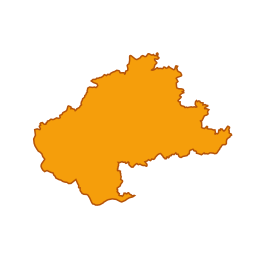 Placas, Pará, Brazil, rotated 249°
{"feature_id": "56859067B95066885708505", "entity_name": "Placas", "entity_type": "district", "adm_level": 2, "iso_a3": "BRA", "parent_name": "Brazil", "parent_adm1": "Pará", "projection": "natural_earth1", "projection_center": [-54.527, -3.914], "detail": "fine", "context": "isolated", "style": "filled", "palette": "amber", "viewbox_px": 256, "rotation_deg": 249, "n_neighbors": 0, "source": "geoboundaries", "source_scale": "gbopen_adm2", "svg_char_len": 5820}
<svg xmlns="http://www.w3.org/2000/svg" viewBox="0 0 256 256"><g transform="rotate(249 128 128)"><path d="M187.4,182.4L187.5,181.9L187.2,181.2L186.0,180.8L185.7,180.1L185.8,179.1L186.4,178.5L187.5,178.1L187.4,177.0L187.7,176.1L189.6,174.4L190.1,173.4L188.3,170.5L188.6,169.3L190.1,168.0L190.4,167.4L190.1,165.9L189.2,164.7L188.7,160.9L189.5,159.7L194.2,156.9L194.7,156.4L194.8,155.7L194.1,155.1L190.6,153.8L187.9,152.2L187.5,151.8L187.1,150.2L186.6,149.6L183.6,149.2L182.5,148.7L181.9,148.2L181.9,146.2L179.6,144.7L179.6,144.2L180.7,144.2L181.1,143.9L182.2,140.7L182.7,140.3L183.8,140.5L184.7,140.1L185.9,138.2L185.5,136.0L185.6,134.1L185.2,131.1L184.3,130.2L185.4,128.3L184.7,126.6L186.2,125.3L186.2,124.8L185.5,123.7L184.8,121.1L185.2,119.9L185.1,118.0L185.7,116.7L185.0,115.2L185.9,112.8L185.1,110.5L182.9,112.0L180.4,114.8L179.3,115.0L178.4,114.9L177.6,113.8L177.2,112.6L178.2,111.5L178.6,109.4L180.0,106.8L179.6,104.6L179.0,104.4L177.2,103.1L176.1,103.0L175.6,101.7L174.2,100.7L173.8,99.4L172.3,98.5L171.5,96.1L170.2,95.2L169.0,93.8L167.2,92.8L166.3,92.9L165.7,91.3L164.6,90.1L164.2,86.9L163.7,86.6L163.1,84.9L164.7,84.7L165.3,83.7L166.2,82.9L166.5,81.6L167.7,82.3L168.3,82.2L169.9,80.4L169.8,79.7L166.7,77.4L166.0,76.1L165.7,72.8L164.2,71.0L164.3,69.1L163.8,68.6L162.3,68.6L161.8,68.0L161.9,66.4L163.0,65.1L162.9,63.4L162.6,62.3L162.8,60.8L163.8,59.3L163.8,58.8L163.1,57.1L163.3,55.3L162.4,54.7L162.3,53.7L161.3,53.3L161.4,52.8L161.0,52.4L161.4,51.3L161.9,50.9L163.8,50.0L164.0,48.3L163.4,47.3L161.9,47.4L161.6,46.0L161.1,45.7L158.9,46.0L158.1,45.3L158.2,44.8L159.7,42.9L159.9,40.3L154.4,39.0L151.5,36.0L147.4,34.9L144.6,34.8L141.0,35.4L138.5,36.0L136.9,37.3L134.7,38.3L131.9,38.2L128.9,39.1L128.5,38.9L125.7,34.8L124.6,33.7L123.4,33.1L121.9,33.0L119.3,33.4L117.2,34.5L117.3,37.1L114.1,40.2L112.9,41.9L110.6,41.9L108.9,42.7L107.2,42.7L104.4,45.2L103.5,46.6L101.4,48.1L100.0,49.9L99.2,51.5L97.4,52.7L96.7,54.9L98.6,60.9L93.8,61.1L92.5,61.4L91.5,61.2L90.4,60.6L89.7,60.8L89.4,61.8L86.7,60.9L83.4,61.7L82.0,63.0L80.7,65.7L79.8,66.5L76.3,67.2L71.6,67.4L69.8,67.8L69.0,69.1L67.7,70.1L67.0,71.8L66.5,74.3L67.0,78.0L67.4,78.7L68.1,82.4L68.2,83.6L67.5,87.9L65.5,91.5L62.1,94.5L61.2,95.7L61.4,99.7L61.9,101.2L62.4,104.1L62.0,107.8L62.5,110.0L62.9,109.6L63.0,107.7L64.5,107.0L65.7,105.8L67.3,105.4L67.5,104.7L67.0,103.6L67.1,103.0L68.0,102.4L67.9,101.8L68.6,101.1L66.8,99.3L66.3,98.1L67.2,97.5L67.7,96.2L68.2,95.7L68.7,95.5L69.9,96.4L70.7,95.6L71.2,95.8L71.6,95.3L72.1,95.5L72.5,95.1L73.4,95.9L74.1,96.2L74.5,95.8L75.8,96.4L76.8,100.1L77.9,100.7L79.5,103.2L80.3,103.9L81.0,103.9L82.6,102.7L85.0,104.2L86.5,104.2L88.3,104.9L88.9,104.7L90.4,105.4L91.2,104.3L91.7,104.2L91.9,103.1L92.4,103.0L94.0,103.8L94.2,104.3L95.2,104.6L96.4,105.8L96.9,105.8L98.6,106.8L99.3,106.6L98.7,107.9L98.7,110.5L97.8,111.1L97.1,113.1L96.5,113.0L95.8,113.3L95.7,114.6L96.2,115.5L96.1,116.1L95.2,116.5L94.3,115.9L93.2,115.8L90.4,117.1L90.0,117.7L89.7,118.9L90.8,120.5L91.7,123.3L91.4,123.8L90.4,124.2L90.0,124.7L90.0,126.2L88.0,128.0L87.4,129.0L87.1,130.2L85.8,131.3L85.7,131.8L86.0,132.2L87.4,132.7L90.4,131.7L90.4,134.3L91.1,135.7L89.5,137.2L89.6,137.7L90.5,139.0L89.5,140.8L89.8,141.9L90.9,143.1L92.4,146.1L92.7,147.8L92.6,149.1L92.0,149.5L88.7,150.6L87.8,150.6L87.2,151.0L87.0,151.6L86.0,151.5L85.6,152.6L86.0,153.3L87.0,153.9L86.8,154.5L85.7,155.1L85.8,155.7L87.0,156.5L86.7,158.2L86.9,158.7L87.5,158.9L87.5,160.0L86.7,161.6L87.6,163.7L86.0,164.1L85.6,165.3L83.1,165.4L82.4,165.9L81.9,166.2L81.4,167.4L81.8,168.7L81.1,173.2L82.1,175.3L82.0,175.9L84.5,177.3L84.9,178.0L84.9,181.0L84.5,181.4L83.5,181.3L82.9,181.6L82.2,183.0L81.1,183.3L79.9,182.9L79.1,184.2L76.7,187.0L77.4,190.1L76.4,190.4L76.2,190.9L76.2,191.6L75.2,193.1L75.1,194.0L75.4,195.1L75.2,196.2L73.9,198.7L73.0,199.6L72.6,201.1L73.0,202.4L74.9,204.9L75.1,205.7L76.2,206.5L76.5,207.3L78.2,209.6L78.4,210.6L77.6,213.0L78.1,214.2L80.3,215.1L81.9,216.1L82.8,218.1L83.0,219.7L83.8,220.4L84.3,222.2L85.5,222.1L86.4,221.1L87.2,220.7L89.1,221.5L90.2,221.3L91.8,222.9L92.4,223.0L93.6,222.2L93.9,221.6L91.3,217.9L90.8,216.5L91.3,216.0L93.3,215.5L94.0,214.0L93.5,213.5L93.0,213.7L92.7,213.2L93.6,212.3L93.2,211.8L91.3,210.9L90.7,209.9L90.5,209.5L91.2,208.4L91.1,207.2L91.6,207.2L92.0,207.9L95.1,208.5L95.5,207.1L97.1,205.4L98.3,202.7L99.2,201.7L99.8,201.8L100.2,202.5L100.8,202.7L101.3,202.2L100.1,199.2L101.3,197.5L102.3,196.9L103.4,197.6L107.0,198.7L108.6,198.2L108.7,198.8L108.3,199.5L108.6,200.0L112.0,203.7L111.9,206.1L112.1,207.2L112.5,207.8L114.1,207.9L115.2,208.5L116.1,210.1L117.8,208.3L118.6,206.5L119.1,206.6L119.6,207.4L119.9,210.3L120.4,210.5L121.3,209.1L122.2,208.4L122.7,206.2L124.5,207.1L125.8,204.8L127.3,204.6L127.7,204.1L128.0,203.6L127.7,202.4L129.1,201.8L128.5,200.6L127.1,199.7L125.7,199.2L123.1,199.8L123.0,199.0L124.0,197.5L124.3,195.8L125.1,194.6L125.8,190.7L126.6,189.9L126.6,188.7L126.9,188.3L127.7,188.3L128.1,188.0L129.7,185.8L130.6,185.4L131.8,185.3L133.7,186.0L133.8,185.3L135.4,184.4L135.8,184.6L137.5,188.4L138.0,188.8L139.6,187.7L140.1,188.0L141.0,190.6L141.0,192.6L142.5,191.9L142.2,192.9L142.9,193.5L144.3,193.3L145.3,192.1L146.5,189.4L147.9,188.0L149.1,188.1L152.7,189.2L153.5,191.3L157.1,190.8L157.4,191.4L157.6,192.8L157.5,196.2L157.7,196.8L158.5,197.1L160.8,196.9L162.8,195.2L163.7,194.8L166.4,194.9L167.8,196.5L168.7,195.4L168.8,194.9L168.4,194.4L166.3,192.8L166.0,192.3L166.1,191.5L169.5,188.7L170.9,188.1L170.8,187.6L170.0,187.0L170.1,185.0L171.4,184.3L171.9,183.7L172.0,183.0L171.2,182.3L171.0,181.6L172.2,179.3L172.6,177.4L173.7,177.2L173.8,176.4L173.2,174.6L173.0,172.6L173.3,171.1L173.7,170.8L174.0,171.5L174.1,173.3L177.3,175.8L178.2,178.0L178.7,178.3L181.8,177.2L182.9,177.6L182.7,178.3L181.7,179.9L181.7,180.8L182.2,181.9L182.7,182.1L184.3,181.0L185.8,182.3L186.5,182.6L187.4,182.4Z" fill="#f59e0b" stroke="#b45309" stroke-width="1.5"/></g></svg>